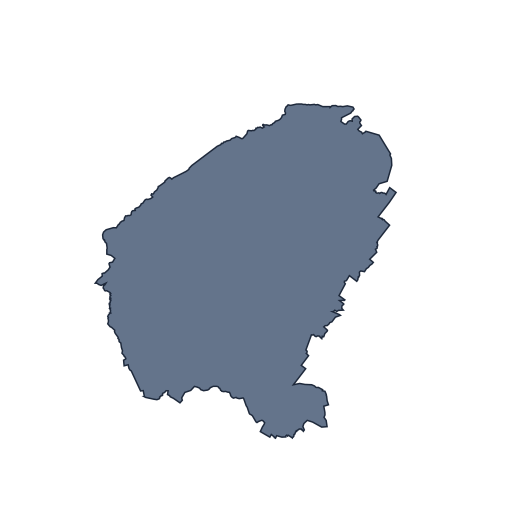 outline of Calvillo, Aguascalientes, Mexico, rotated 29°
{"feature_id": "50627088B90552262632794", "entity_name": "Calvillo", "entity_type": "district", "adm_level": 2, "iso_a3": "MEX", "parent_name": "Mexico", "parent_adm1": "Aguascalientes", "projection": "mercator", "projection_center": [-102.712, 21.911], "detail": "fine", "context": "isolated", "style": "filled", "palette": "slate", "viewbox_px": 512, "rotation_deg": 29, "n_neighbors": 0, "source": "geoboundaries", "source_scale": "gbopen_adm2", "svg_char_len": 6122}
<svg xmlns="http://www.w3.org/2000/svg" viewBox="0 0 512 512"><g transform="rotate(29 256 256)"><path d="M361.7,204.7L357.0,203.7L359.8,194.2L357.2,192.2L358.1,190.7L358.0,190.0L357.2,189.1L357.5,188.5L357.1,187.3L355.9,186.2L355.7,185.5L355.1,185.5L355.1,182.6L357.9,164.3L351.9,162.9L350.5,162.2L349.6,162.3L349.2,162.9L348.5,162.8L348.3,162.1L347.8,162.0L347.1,162.5L343.8,162.6L346.6,144.5L347.7,132.5L339.8,131.4L339.9,139.1L338.9,138.7L337.7,138.8L336.6,139.4L335.3,139.4L334.6,139.8L333.8,141.3L333.4,141.1L332.7,141.3L331.4,142.4L329.9,142.4L329.5,141.3L328.3,141.3L327.8,141.9L326.9,141.4L328.1,138.4L328.6,133.2L334.5,127.1L330.8,110.9L327.1,105.0L324.1,102.8L324.2,101.5L305.1,90.6L291.8,93.6L291.4,93.9L291.5,94.6L289.8,97.5L288.3,96.5L285.6,96.6L283.6,95.9L285.0,90.8L282.4,89.5L281.7,88.4L282.0,87.3L281.9,86.2L278.3,84.7L277.1,84.5L274.6,86.2L273.6,89.6L274.8,91.4L272.9,92.0L272.1,92.7L271.4,93.8L271.0,96.8L269.5,97.7L265.0,97.2L264.6,95.1L263.8,93.6L269.6,85.0L269.8,82.9L270.4,81.8L270.1,81.4L270.5,79.9L268.6,78.8L263.1,80.4L259.5,83.3L257.3,84.1L255.1,85.6L252.9,85.7L249.7,87.6L248.8,90.2L248.2,89.5L242.0,93.0L236.6,93.6L234.9,94.9L233.5,95.1L229.9,97.7L228.4,98.1L227.4,99.1L225.6,99.5L223.7,100.6L222.3,100.9L217.9,103.4L213.6,107.2L212.6,107.8L211.3,108.0L210.6,108.6L210.5,110.0L210.0,110.7L210.2,113.5L211.0,115.5L212.5,116.6L212.9,118.0L210.8,120.0L211.2,122.4L210.9,124.4L209.9,126.4L207.6,128.8L207.6,130.2L206.4,132.2L206.3,133.5L205.3,134.2L204.6,135.4L201.9,136.1L199.5,137.5L198.8,137.3L198.3,137.7L198.4,138.4L198.9,138.7L200.6,139.2L199.6,141.1L197.1,141.2L196.3,142.2L195.1,142.7L194.6,144.1L194.0,144.3L194.3,145.3L193.4,147.3L192.4,147.6L191.3,148.7L188.4,149.9L188.1,150.8L188.8,153.5L187.5,159.4L186.9,160.2L185.8,160.4L184.0,160.4L180.6,160.9L180.6,161.7L180.2,162.6L177.8,165.1L177.2,167.3L174.4,169.8L173.8,171.1L172.6,171.9L172.4,173.7L171.2,174.2L171.2,175.7L168.9,178.8L156.0,207.9L155.0,211.7L155.3,212.8L153.9,215.8L145.9,227.5L145.1,229.6L143.6,229.2L142.1,229.3L141.3,230.5L140.0,234.6L140.4,235.6L137.6,241.6L136.8,242.6L137.2,243.4L137.3,246.3L136.1,249.2L136.2,251.2L135.8,251.8L134.6,252.2L134.7,253.7L137.1,254.5L137.0,254.9L136.1,256.8L134.0,259.0L133.0,259.2L132.1,260.1L131.7,261.1L131.4,264.7L130.3,266.0L130.5,267.6L129.8,270.2L127.9,272.2L127.3,273.7L128.3,274.7L126.3,276.1L125.8,277.2L126.0,278.7L126.7,280.2L126.6,280.9L125.7,282.0L124.4,282.6L123.8,283.4L122.5,284.1L122.5,286.4L123.3,288.9L121.6,290.9L121.5,291.6L121.0,292.1L120.9,294.7L120.4,295.1L120.2,299.0L117.5,300.4L112.2,305.7L111.1,309.0L111.6,311.9L113.8,315.0L116.1,316.1L116.1,315.8L117.3,317.0L119.1,317.4L122.1,321.4L122.3,322.5L124.6,326.7L129.1,325.7L133.7,326.5L133.5,330.9L131.2,332.9L131.2,334.1L133.7,336.5L133.5,339.6L131.8,344.4L131.2,344.6L129.9,346.0L131.3,348.2L129.2,353.2L128.6,357.7L130.2,356.9L132.2,357.2L134.8,356.8L137.9,352.5L137.8,354.5L137.1,355.9L137.8,358.1L138.7,358.4L140.4,359.6L141.3,359.5L142.3,358.7L146.2,358.7L147.2,359.3L146.6,360.1L148.1,361.0L147.7,361.4L148.2,363.0L149.1,363.2L148.9,364.0L149.8,363.9L150.0,364.7L149.6,365.0L150.7,365.5L150.4,366.2L151.1,367.5L150.6,368.5L151.5,368.9L151.3,369.6L152.0,369.8L151.9,370.3L153.2,372.1L153.2,372.9L154.1,373.3L154.3,372.8L154.9,374.1L155.4,374.4L155.6,375.3L156.6,376.3L155.5,376.9L155.9,377.5L155.5,379.2L155.7,380.9L156.8,381.5L156.7,382.2L158.1,383.7L158.9,385.3L159.2,387.2L162.8,388.6L164.1,388.4L168.4,389.4L168.9,390.7L170.4,391.9L174.9,394.0L175.2,395.0L176.8,395.5L177.3,396.7L178.0,397.3L179.9,397.6L182.7,401.3L185.2,403.6L185.9,406.0L188.5,406.9L189.5,407.7L190.2,407.7L191.8,408.7L192.0,409.2L190.7,411.3L193.9,416.0L196.9,413.1L199.4,415.9L201.2,416.9L202.5,416.9L220.5,430.0L222.6,428.4L226.5,433.0L226.2,433.2L228.0,433.2L236.0,430.8L239.0,429.7L240.6,427.8L240.6,426.6L240.1,426.2L240.9,423.9L241.4,423.9L241.8,422.9L241.0,421.8L241.0,421.3L242.2,419.7L242.7,417.4L244.5,416.5L245.8,420.1L248.0,420.0L249.3,420.7L252.8,420.5L260.7,421.3L261.5,417.9L259.8,416.1L259.9,409.8L264.1,405.2L265.4,399.9L268.0,399.2L270.7,398.9L272.5,399.7L275.5,399.2L278.8,396.6L279.6,395.0L279.9,393.3L281.8,390.7L284.9,389.0L286.3,388.7L288.0,389.5L288.5,389.3L290.2,390.6L290.8,390.5L291.6,390.9L293.5,390.3L295.0,389.2L297.2,388.8L298.9,388.1L300.7,389.4L301.5,390.4L303.1,391.1L305.1,391.3L307.2,389.3L308.2,389.5L310.5,388.9L313.5,386.4L314.5,386.8L320.0,391.7L321.7,392.6L326.5,397.0L327.2,397.3L329.2,397.2L330.4,397.5L336.4,401.1L337.6,401.2L338.6,399.3L340.7,396.9L341.7,396.7L344.4,397.6L344.7,399.1L344.5,402.4L344.9,407.5L355.9,407.7L355.9,404.7L360.2,405.5L360.2,405.9L361.4,405.9L361.2,403.1L366.4,401.9L369.8,399.8L369.3,398.8L369.8,397.7L370.9,398.2L371.3,397.1L375.9,397.5L375.7,397.1L376.4,396.2L376.4,395.0L375.7,393.7L376.3,393.0L375.9,390.7L376.4,390.0L376.0,389.3L376.7,389.0L376.6,388.3L377.5,387.3L377.6,386.4L379.6,385.4L379.9,385.9L380.4,385.9L380.6,385.6L382.4,386.4L382.6,384.7L379.7,382.4L379.1,379.3L380.5,374.9L386.0,373.8L396.4,373.8L400.9,370.8L397.1,365.8L393.7,364.1L393.4,361.6L392.1,359.4L388.1,354.5L391.5,351.0L388.4,348.1L385.6,344.2L384.8,343.6L384.7,343.1L381.9,340.9L379.3,341.7L379.1,340.6L374.3,340.7L372.6,341.7L371.7,341.8L370.3,341.3L367.1,341.6L361.1,344.6L356.0,346.3L351.1,350.5L354.1,330.5L348.6,329.7L350.3,317.7L347.2,316.8L347.5,316.2L346.9,314.5L345.2,314.0L342.7,298.1L343.9,297.6L344.5,296.8L346.3,297.5L347.7,297.4L348.6,296.0L350.5,295.3L351.4,295.9L353.6,296.4L352.9,294.1L354.0,294.1L354.4,293.7L353.8,290.5L354.7,287.3L354.5,286.3L349.7,285.1L350.3,283.4L352.0,282.3L352.8,280.0L352.8,278.5L354.3,276.8L355.1,271.0L358.6,267.0L357.2,266.8L349.9,267.6L350.7,267.0L351.2,265.2L353.5,265.4L354.4,263.7L358.6,261.0L356.4,260.2L355.4,258.1L355.4,257.4L356.2,255.9L355.9,255.3L350.6,254.5L353.4,252.7L354.7,252.2L355.0,251.3L347.8,250.4L347.6,237.0L346.1,236.3L345.6,235.2L347.0,233.7L347.2,227.9L356.4,229.3L356.6,227.5L355.9,225.8L356.1,224.7L355.6,224.4L356.0,223.8L356.0,222.7L354.3,220.1L354.4,219.2L354.9,218.3L358.5,217.1L358.7,213.5L359.8,211.5L360.1,209.1L361.3,206.8L361.7,204.7Z" fill="#64748b" stroke="#1e293b" stroke-width="1.5"/></g></svg>